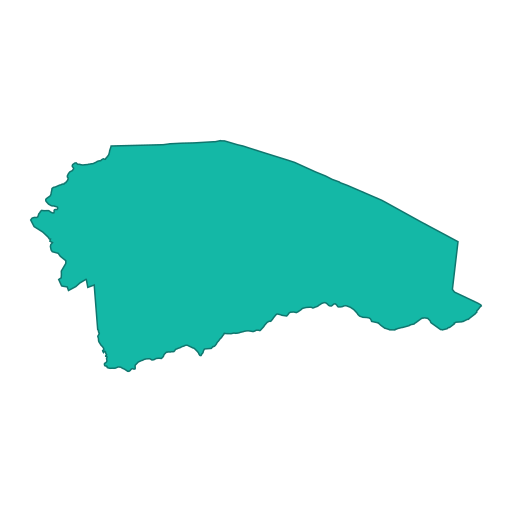 the district of Rushinga, Mashonaland Central, Zimbabwe
{"feature_id": "62879985B22521901004108", "entity_name": "Rushinga", "entity_type": "district", "adm_level": 2, "iso_a3": "ZWE", "parent_name": "Zimbabwe", "parent_adm1": "Mashonaland Central", "projection": "robinson", "projection_center": [32.185, -16.62], "detail": "fine", "context": "isolated", "style": "filled", "palette": "teal", "viewbox_px": 512, "rotation_deg": 0, "n_neighbors": 0, "source": "geoboundaries", "source_scale": "gbopen_adm2", "svg_char_len": 5938}
<svg xmlns="http://www.w3.org/2000/svg" viewBox="0 0 512 512"><path d="M107.2,367.5L108.1,367.9L110.0,368.3L113.1,368.2L114.0,368.3L115.5,368.1L118.0,367.0L118.9,367.0L120.8,367.2L122.3,368.2L124.6,369.2L127.7,371.3L129.0,371.3L130.2,370.5L131.0,369.4L132.1,368.7L132.8,368.7L133.8,369.1L134.9,369.0L135.1,368.7L135.2,368.2L135.1,365.9L135.2,365.2L138.3,362.0L141.6,360.5L142.6,360.3L143.9,359.5L146.2,358.9L149.4,358.7L150.4,359.0L151.7,359.9L152.9,359.9L154.2,359.6L155.9,358.6L157.0,358.4L159.1,358.2L161.3,358.5L162.6,357.4L163.5,356.2L163.8,355.2L164.3,354.3L166.3,352.3L166.9,352.1L167.8,352.1L168.3,351.9L170.4,352.0L171.3,351.7L173.0,351.7L173.8,351.6L173.9,351.4L174.5,351.0L175.2,349.9L175.7,349.3L177.4,348.7L177.8,348.4L180.3,347.6L181.8,346.7L184.1,346.0L184.9,345.5L186.2,345.2L187.0,345.2L187.7,345.4L189.6,346.4L190.2,346.6L193.0,348.0L193.5,348.0L194.5,348.6L196.9,351.0L198.4,352.7L198.8,353.8L199.7,355.2L200.1,355.5L200.8,355.6L201.1,355.5L201.6,354.5L201.8,353.9L202.3,353.6L203.0,352.6L203.3,351.3L204.2,349.3L205.1,348.9L211.3,348.4L212.7,346.8L212.9,346.8L212.9,346.6L214.4,346.3L215.4,345.3L216.5,343.8L216.9,342.9L217.8,341.7L218.3,341.3L220.3,338.6L221.4,337.7L221.6,337.3L222.3,336.4L222.8,335.5L223.8,334.5L224.0,333.7L224.1,333.4L224.3,333.3L226.0,333.6L231.1,333.7L233.6,333.1L234.5,333.1L235.4,333.3L237.6,333.1L239.1,332.8L240.4,332.3L243.5,331.6L244.2,331.3L246.6,330.9L248.3,330.8L250.9,331.2L252.5,331.5L253.1,331.6L254.9,331.0L254.9,330.9L256.3,330.2L258.4,330.2L259.4,330.5L259.9,330.6L260.3,330.4L263.8,326.6L264.5,325.4L267.1,322.4L269.1,321.3L270.7,321.3L271.4,320.6L272.7,319.0L273.4,317.9L275.6,315.2L276.6,314.2L277.5,314.0L280.5,314.7L282.0,315.3L286.7,316.0L287.0,315.6L287.9,314.7L289.0,313.1L290.4,312.2L293.8,312.0L296.3,312.6L298.2,311.7L298.4,311.4L299.2,311.0L301.3,309.5L301.7,309.0L302.8,308.3L306.0,307.5L307.0,307.4L310.4,307.2L311.4,307.3L312.8,308.0L313.9,307.7L314.9,307.2L317.1,306.5L318.3,305.8L318.6,305.4L320.8,304.1L321.5,303.5L323.9,302.7L324.8,302.6L325.2,302.8L325.7,302.8L327.1,303.8L328.7,305.4L329.8,305.9L331.4,306.0L332.5,305.2L332.9,304.8L333.6,304.2L334.3,303.9L335.5,303.9L337.2,305.6L337.5,306.3L337.8,306.6L338.3,306.9L340.6,306.9L342.5,306.6L344.0,305.9L345.7,305.7L346.4,305.8L350.4,307.3L353.8,309.6L356.5,312.5L357.5,313.7L357.8,314.4L359.6,316.1L362.9,317.3L366.7,317.5L369.0,317.9L370.2,318.6L370.5,319.0L371.6,321.0L371.6,321.4L377.4,322.7L377.9,322.7L378.1,323.0L378.4,323.0L378.4,323.3L378.9,323.5L380.9,325.4L384.9,328.3L385.6,328.3L385.9,328.5L389.1,329.5L389.4,329.8L394.8,329.9L394.8,329.7L396.0,329.1L396.7,329.1L397.0,328.8L397.9,328.5L401.9,327.5L402.5,327.5L409.0,325.7L409.4,325.5L409.7,325.2L410.0,325.2L410.3,324.8L414.1,324.0L415.2,322.9L415.7,322.8L416.0,322.4L416.7,322.1L417.3,321.5L418.4,320.8L418.4,320.7L421.2,318.7L421.9,318.4L422.1,318.1L423.4,318.1L424.1,317.8L427.6,318.3L427.8,318.5L428.0,318.5L428.6,319.3L429.3,319.9L430.1,320.7L430.6,322.0L431.1,322.8L440.6,329.6L441.8,329.6L442.3,329.9L447.2,328.7L447.7,328.1L448.7,327.5L449.4,327.5L449.9,327.2L454.3,323.9L454.2,323.3L454.5,323.3L455.0,322.8L456.0,322.2L461.9,321.8L462.3,321.5L463.1,321.5L463.8,321.2L464.1,320.9L464.3,320.9L467.3,319.4L468.1,319.4L468.3,319.2L468.6,319.2L468.7,318.9L475.3,313.8L475.6,313.3L476.3,312.6L476.7,312.4L476.9,310.6L477.9,309.8L479.5,307.7L480.0,307.0L481.3,305.9L480.8,304.9L477.9,303.2L454.5,292.1L452.4,289.4L458.0,241.7L420.8,221.8L384.8,201.9L381.6,200.2L347.4,185.4L340.2,182.7L339.4,182.0L332.2,179.4L325.6,176.0L315.5,171.9L294.6,162.4L287.9,160.2L263.9,152.7L247.5,147.5L247.3,147.4L243.0,146.0L237.7,144.8L224.5,140.9L220.1,140.8L220.1,140.7L214.8,141.8L214.2,141.7L193.9,142.9L181.7,143.2L169.5,143.8L168.5,144.0L163.3,144.7L111.1,146.0L110.9,147.0L109.6,150.9L109.5,152.0L108.8,154.5L108.3,155.4L106.7,157.4L106.0,158.1L105.3,159.3L104.6,159.3L103.7,158.8L102.9,159.0L101.4,159.9L100.8,160.6L100.2,160.8L99.3,160.8L97.2,161.4L96.8,161.8L95.7,162.4L94.3,163.0L93.4,163.5L92.7,163.7L91.1,163.8L90.0,164.1L88.7,164.2L87.4,164.6L86.3,164.6L82.7,165.0L80.3,164.6L80.1,164.4L79.7,164.3L77.6,164.3L76.2,162.9L74.9,163.0L72.8,164.5L72.3,165.3L72.3,166.5L73.4,167.8L73.5,168.1L73.6,168.7L72.5,170.4L71.7,171.0L70.9,171.3L69.7,172.0L68.4,173.7L67.3,176.0L67.4,177.1L67.9,177.6L68.1,178.0L68.0,179.2L67.7,179.8L67.4,180.7L66.3,181.6L66.1,182.4L65.8,182.7L64.4,183.2L63.9,184.1L62.2,184.1L60.8,184.9L59.6,185.1L55.1,187.1L54.0,187.2L53.3,187.5L52.6,188.0L52.0,188.5L51.9,189.1L51.8,190.1L51.2,192.7L51.1,193.9L50.3,195.8L46.3,198.7L45.8,199.4L45.8,200.7L46.1,201.4L48.5,204.1L51.3,205.7L52.2,205.9L53.9,205.9L54.2,206.1L57.1,206.9L57.5,207.2L57.7,207.9L57.7,208.4L57.4,209.1L57.1,209.5L55.3,209.5L54.6,209.7L54.1,210.4L54.2,211.7L53.8,212.9L52.2,212.9L51.6,212.4L50.6,212.1L49.5,211.1L48.5,210.6L44.0,210.7L41.6,210.4L40.4,211.5L40.1,212.3L38.7,214.0L38.3,215.5L37.7,216.9L36.6,217.5L34.4,217.4L32.4,218.0L31.9,218.3L30.7,220.0L34.1,226.6L42.7,232.0L48.1,237.1L49.4,239.0L50.5,239.1L49.9,241.2L52.5,242.6L50.8,244.6L50.4,246.5L51.1,250.0L52.3,251.7L58.2,253.3L60.3,256.3L65.8,260.7L65.8,263.4L61.3,271.1L61.4,274.3L61.2,277.8L58.7,279.5L61.6,285.9L63.2,286.3L67.2,286.9L68.5,290.5L75.8,286.6L79.7,283.1L86.0,279.3L86.3,279.4L87.8,287.4L94.2,285.0L97.7,329.7L98.5,330.3L98.5,331.9L99.0,332.7L99.0,333.1L99.3,333.3L99.2,333.7L98.6,334.9L98.0,335.8L97.8,336.5L98.4,338.2L98.6,340.9L99.1,342.2L100.4,344.1L100.6,344.7L102.7,346.9L103.7,348.5L103.8,349.5L103.7,349.9L102.9,350.3L102.6,350.7L103.0,351.8L103.6,352.6L104.3,351.5L104.9,351.3L105.5,351.8L105.6,352.7L105.9,353.5L106.6,354.6L106.4,355.1L106.1,355.2L105.7,355.8L105.7,356.3L106.5,356.3L106.8,356.6L107.0,357.0L106.9,357.7L106.5,358.7L106.8,359.8L106.9,361.0L106.4,362.1L106.0,362.5L105.5,362.9L104.8,363.2L104.6,363.4L104.4,364.0L104.4,364.3L104.6,365.3L105.2,366.0L106.4,366.0L106.5,366.2L106.9,366.3L107.2,367.0L107.2,367.5Z" fill="#14b8a6" stroke="#0f766e" stroke-width="1.5"/></svg>